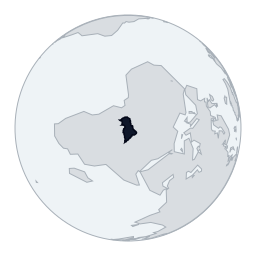 Central African Republic highlighted on a globe, orthographic projection, rotated 91°
{"feature_id": "CAF", "entity_name": "Central African Republic", "entity_type": "country or territory", "adm_level": 0, "iso_a3": "CAF", "parent_name": "Africa", "parent_adm1": "", "projection": "orthographic", "projection_center": [20.084, 6.633], "detail": "fine", "context": "on_globe", "style": "filled", "palette": "ink", "viewbox_px": 256, "rotation_deg": 91, "n_neighbors": 0, "source": "natural_earth", "source_scale": "50m", "svg_char_len": 9784}
<svg xmlns="http://www.w3.org/2000/svg" viewBox="0 0 256 256"><g transform="rotate(91 128 128)"><circle cx="128" cy="128" r="113" fill="#eef3f6" stroke="#a8b0b8"/><path d="M87.9,22.8L90.7,21.7L87.8,22.9L85.1,23.9L84.9,23.9L87.9,22.8ZM60.3,38.0L60.7,37.7L64.1,35.2L66.3,33.8L70.3,31.3L71.9,30.4L76.2,28.1L76.0,28.4L73.5,30.1L69.9,32.2L68.7,33.2L72.5,31.4L66.2,35.9L62.7,40.2L61.0,41.6L57.0,43.4L56.1,42.5L50.9,46.2L54.7,44.0L50.4,48.0L49.9,48.9L50.4,49.0L52.2,47.6L50.9,49.2L46.6,51.7L47.8,50.2L49.1,49.4L48.6,49.1L45.7,51.4L43.8,53.7L41.5,55.8L47.3,49.4L53.6,43.5L60.3,38.0ZM40.9,56.6L40.1,57.6L39.9,57.8L40.9,56.6ZM17.1,108.1L17.9,104.4L17.3,107.9L18.4,109.0L18.0,110.3L18.7,119.2L21.5,123.9L22.2,129.0L21.6,131.8L23.1,133.2L23.1,135.1L30.5,140.1L35.8,146.0L36.6,152.8L34.2,159.9L36.6,175.6L33.4,179.6L35.8,185.8L38.7,194.2L36.4,192.6L40.3,197.5L41.6,199.9L41.0,199.5L43.7,202.7L38.2,195.9L33.3,189.0L29.0,181.7L25.3,174.2L22.1,166.3L19.5,158.3L17.5,150.1L16.2,141.7L15.5,133.3L15.4,124.9L16.0,116.4L17.1,108.1ZM45.0,204.2L45.6,204.8L45.8,205.0L45.0,204.2ZM76.0,28.1L75.3,28.5L76.0,28.1ZM78.1,27.0L77.8,27.2L77.1,27.5L78.1,27.0ZM82.5,25.0L78.9,26.7L82.5,25.0ZM99.8,18.9L98.7,19.3L97.6,19.5L99.8,18.9ZM94.9,20.7L95.2,20.5L96.9,19.9L94.9,20.7ZM102.2,18.4L102.7,18.2L100.7,18.7L101.0,18.7L102.2,18.4ZM105.7,17.6L101.6,18.6L100.7,18.9L99.1,19.4L100.8,18.7L105.7,17.6ZM105.3,17.7L104.2,17.9L105.3,17.7ZM105.8,17.6L106.8,17.4L105.9,17.6L105.8,17.6ZM108.9,17.0L107.6,17.3L107.0,17.4L108.9,17.0ZM109.6,16.9L111.0,16.7L107.5,17.2L109.1,17.0L109.6,16.9ZM112.2,16.7L108.0,17.4L106.5,17.5L110.8,16.8L112.2,16.7ZM59.2,217.2L58.7,216.7L59.5,217.3L60.1,217.9L59.2,217.2ZM232.4,85.6L232.9,87.0L233.6,89.0L232.6,86.9L233.7,91.1L237.6,102.2L238.3,105.6L239.0,112.4L238.5,109.8L235.9,104.3L237.2,112.5L239.3,118.8L240.0,126.8L239.2,124.6L238.2,117.6L237.3,115.4L236.3,108.3L233.0,98.2L232.1,100.5L231.0,96.4L226.4,88.5L224.4,91.8L222.0,103.6L223.7,114.3L222.0,119.4L215.0,104.6L211.3,94.6L209.1,95.9L201.5,88.1L189.5,88.7L187.5,86.3L185.3,87.7L179.9,85.5L176.7,81.5L173.6,82.1L182.1,92.6L185.4,92.1L187.7,87.7L189.5,91.6L194.6,94.8L190.0,105.0L171.6,115.2L169.4,107.2L153.0,86.5L153.2,84.1L153.1,83.8L152.9,83.4L151.9,87.3L148.9,83.3L158.2,97.6L159.9,104.1L171.4,115.7L170.4,117.0L174.0,119.4L184.8,115.6L185.0,118.3L180.1,131.3L164.8,149.4L166.6,160.9L165.0,170.8L154.9,177.7L155.3,185.2L149.9,188.0L149.3,192.2L144.7,196.8L137.3,201.2L125.2,201.6L124.9,197.8L119.5,190.5L112.2,172.4L115.6,164.0L114.7,157.4L106.0,142.9L107.9,134.8L105.5,131.4L100.5,132.3L97.6,128.2L94.5,128.1L75.2,131.0L69.1,125.6L61.4,109.5L64.7,103.2L65.0,95.9L87.9,72.1L93.1,73.4L111.6,70.3L113.9,71.1L112.2,76.4L126.3,82.8L130.4,78.2L142.8,81.6L150.9,81.3L153.0,71.2L139.9,71.5L137.2,66.9L147.4,62.5L158.9,62.9L158.2,61.1L150.6,57.3L152.9,54.2L148.0,55.8L150.2,57.5L147.2,58.8L145.0,57.4L145.9,56.2L142.3,55.5L139.0,61.8L140.9,64.2L131.8,65.6L134.2,69.9L131.8,72.1L127.0,65.6L127.2,63.3L118.5,56.9L117.4,59.4L125.6,65.8L123.2,65.3L121.8,69.4L121.0,65.9L112.4,58.9L104.0,60.7L93.8,70.8L88.8,71.8L84.3,70.0L87.5,59.9L98.4,59.0L99.6,55.9L97.0,51.8L100.5,52.0L100.7,50.4L104.8,50.0L110.1,46.1L114.1,45.6L115.8,41.0L118.1,40.2L116.4,43.1L117.5,45.0L127.5,44.6L129.3,43.6L129.6,40.7L132.3,41.2L131.3,38.6L136.8,37.5L129.2,36.8L129.3,34.0L132.4,32.0L131.1,31.1L126.0,34.5L125.2,36.1L126.7,37.5L123.4,42.4L120.0,43.3L118.3,38.1L113.4,39.1L114.2,35.1L127.4,27.5L133.1,26.2L143.5,29.3L142.4,30.8L138.1,30.3L142.5,33.1L141.9,31.7L144.2,32.3L144.8,30.2L146.5,30.6L144.3,28.2L146.4,28.4L147.7,29.9L150.5,27.6L154.7,27.8L154.6,27.1L153.2,26.4L159.4,27.4L159.0,26.9L156.8,26.4L154.6,25.1L153.1,23.4L155.4,23.9L156.2,24.5L161.4,26.8L163.3,28.8L164.0,28.9L162.9,27.3L156.6,24.4L155.1,23.3L158.3,24.4L157.0,23.9L156.9,23.6L159.0,23.7L155.6,22.4L151.9,19.0L155.5,19.3L158.7,20.4L158.5,19.6L161.6,20.5L169.4,23.2L177.0,26.6L184.3,30.4L191.3,34.8L198.0,39.7L204.3,45.1L210.2,50.9L215.6,57.2L220.6,63.8L225.0,70.8L229.0,78.0L232.4,85.6ZM80.5,84.0L80.0,86.2L80.5,84.0ZM171.4,68.8L178.0,69.0L174.2,63.0L176.4,62.8L174.3,61.0L173.9,62.6L168.6,57.9L171.1,56.2L169.9,53.8L167.7,53.7L163.9,57.7L171.4,64.3L170.2,66.8L171.4,68.8ZM18.5,108.9L18.5,110.4L18.2,110.2L18.5,108.9ZM21.3,93.1L21.3,93.9L21.0,94.1L21.3,93.1ZM22.0,89.8L21.3,92.6L20.7,93.9L20.8,93.4L22.0,89.8ZM50.7,47.9L51.0,47.7L51.1,48.2L50.3,48.7L50.7,47.9ZM56.3,46.6L54.0,49.2L55.1,47.5L53.5,48.6L53.7,46.6L60.2,42.2L57.2,44.4L56.3,46.6ZM55.9,43.2L55.0,44.6L55.7,43.2L55.9,43.2ZM98.1,42.8L99.6,43.6L98.3,45.5L93.1,47.0L95.0,44.3L98.1,42.8ZM102.1,44.5L101.8,39.5L105.0,38.7L103.3,40.0L105.4,39.9L103.2,42.0L106.5,46.4L105.5,48.4L96.5,49.6L100.0,48.0L98.3,47.1L102.1,44.5ZM95.5,31.3L95.5,29.9L102.5,29.7L101.7,31.0L96.5,32.4L94.4,31.7L95.5,31.3ZM85.0,24.2L84.5,24.3L85.4,23.9L86.6,23.6L85.0,24.2ZM94.9,20.6L88.0,23.7L87.1,23.8L84.2,25.8L80.7,27.2L82.7,25.8L77.8,28.5L78.2,27.8L75.1,29.7L80.0,26.4L80.2,26.1L81.3,25.8L84.6,24.6L86.0,23.9L90.3,22.1L92.2,21.2L95.8,20.1L97.7,19.5L97.8,19.6L95.5,20.2L97.2,19.8L93.9,20.8L94.9,20.6ZM118.7,18.3L116.0,18.2L118.9,19.1L115.6,19.5L116.2,19.5L113.9,20.2L112.2,21.3L110.6,21.4L110.6,21.8L109.2,22.4L108.6,23.0L105.7,23.5L104.8,24.4L103.9,24.2L103.1,25.6L102.4,24.8L100.4,25.7L102.2,26.0L87.5,28.9L82.0,31.3L77.8,33.9L77.0,32.6L80.5,29.6L86.0,26.3L91.5,24.4L90.1,24.3L92.4,23.5L92.5,23.9L93.6,22.8L95.5,22.3L100.4,20.3L100.9,19.5L102.7,18.9L103.4,19.0L104.7,18.4L107.3,18.2L108.7,17.8L112.6,17.5L113.2,18.1L114.7,17.7L117.8,17.6L118.7,18.3ZM113.2,16.6L114.7,16.8L113.7,17.3L107.3,17.8L105.7,18.1L101.6,18.8L103.2,18.2L104.2,18.0L105.6,17.7L104.5,18.0L106.4,17.6L107.9,17.4L109.8,17.1L109.7,17.2L113.2,16.6ZM116.4,69.1L118.2,69.2L121.0,68.9L120.1,71.7L116.4,69.1ZM110.4,64.3L112.0,63.9L112.2,67.2L110.4,67.2L110.4,64.3ZM112.7,61.0L112.1,63.6L111.3,62.2L112.7,61.0ZM117.9,42.7L119.6,42.3L119.8,43.0L119.0,44.0L117.9,42.7ZM126.7,22.0L125.3,21.6L125.7,21.4L124.6,20.2L126.9,20.0L128.5,20.7L126.7,22.0ZM150.9,73.0L148.7,75.0L147.4,74.1L148.4,73.5L150.9,73.0ZM133.8,73.2L137.8,74.4L133.5,74.0L133.8,73.2ZM129.0,21.6L128.3,21.1L129.9,21.3L129.0,21.6ZM128.6,19.9L130.5,20.0L127.1,19.9L128.6,19.9ZM184.1,217.6L184.0,218.7L182.6,219.0L184.1,217.6ZM183.0,168.2L174.4,185.7L169.5,186.0L169.1,181.1L172.6,170.6L178.5,167.3L181.6,162.5L183.0,168.2ZM239.6,143.5L239.5,142.4L239.8,140.4L240.0,140.4L239.6,143.5ZM239.7,140.4L239.2,135.4L236.4,120.6L237.5,120.6L240.0,129.2L239.9,130.9L240.2,134.9L239.7,140.4ZM240.6,131.9L240.6,127.4L240.6,124.2L240.6,131.9ZM224.2,115.3L226.4,121.5L225.3,122.8L224.2,115.3ZM234.7,92.1L234.8,92.8L234.2,91.2L233.8,89.4L234.7,92.1ZM147.9,21.4L146.9,23.0L147.7,24.6L150.6,25.8L146.1,25.0L144.9,22.6L147.9,21.4ZM151.2,19.1L148.6,18.4L150.0,18.5L150.7,18.7L151.2,19.1ZM149.5,18.8L145.9,18.4L144.6,17.9L147.7,18.3L149.5,18.8ZM137.5,19.4L137.0,19.8L135.7,19.6L137.5,19.4ZM152.6,18.1L152.3,18.0L152.2,18.0L152.6,18.1Z" fill="#d9dde1" stroke="#a8b0b8" stroke-width="1"/><path d="M135.9,124.0L136.0,124.0L136.0,124.4L136.0,124.6L136.3,124.8L136.5,124.8L137.0,124.9L137.3,125.0L137.6,125.3L138.0,125.6L138.0,125.8L138.0,126.0L137.9,126.1L138.1,126.4L138.3,126.6L138.7,126.8L139.3,127.1L139.6,127.3L139.7,127.5L139.9,127.6L140.1,127.8L140.1,128.3L140.2,128.5L140.4,128.6L140.4,128.8L140.5,129.0L141.0,129.2L141.1,129.3L141.4,129.4L141.7,129.6L141.8,129.7L141.8,129.8L141.9,130.0L142.0,130.2L142.0,130.5L142.3,130.9L141.7,130.7L141.5,130.8L141.3,131.0L141.2,131.0L140.8,131.0L139.9,130.8L139.2,130.6L138.6,130.5L138.4,130.7L138.2,131.0L137.7,131.2L137.2,131.3L136.5,131.2L136.3,131.2L136.1,131.3L135.6,131.4L135.4,131.5L135.0,131.6L134.7,131.8L134.3,131.9L134.1,131.8L133.9,131.7L133.7,131.7L133.4,131.7L133.2,131.9L133.1,132.0L133.0,132.3L132.7,132.8L131.6,132.7L131.1,132.6L130.8,132.7L130.5,132.6L130.3,132.5L130.2,132.6L129.7,132.4L129.4,132.3L129.1,132.3L128.9,132.3L128.8,132.1L128.6,131.8L128.3,131.5L127.8,131.3L127.6,131.1L127.2,131.0L126.9,131.0L126.5,131.1L126.0,131.4L125.5,132.1L125.3,132.4L125.1,132.5L125.1,132.9L125.2,133.3L125.1,133.8L125.1,134.2L124.9,133.9L124.5,134.0L124.4,134.1L124.2,134.1L123.9,134.0L123.7,134.0L123.0,133.8L122.9,133.8L122.5,133.9L122.4,133.9L122.0,134.0L121.5,134.1L121.3,134.1L121.2,134.1L121.1,134.4L121.0,134.7L120.9,134.8L120.9,135.1L120.9,135.3L120.8,135.7L120.6,136.0L120.5,136.3L120.3,136.5L120.3,136.4L120.2,136.1L120.2,135.9L120.1,135.7L120.1,135.4L120.0,135.2L119.9,135.0L119.8,134.9L119.7,134.9L119.4,134.6L119.2,134.5L118.9,134.2L118.7,134.0L118.5,133.7L118.3,133.5L118.2,133.2L118.3,133.1L118.2,132.8L118.2,132.6L118.1,132.4L117.8,132.2L117.6,132.0L117.5,131.9L117.4,131.0L117.4,130.8L117.3,130.7L117.2,130.7L117.3,130.3L117.3,130.2L117.3,129.5L117.3,129.4L117.2,129.4L117.0,129.2L117.1,128.9L117.5,128.7L117.8,128.1L118.1,127.7L118.3,127.4L118.4,127.1L118.5,127.0L118.5,126.8L118.6,126.7L118.8,126.5L119.0,126.2L119.5,126.3L120.0,126.2L120.4,126.0L120.8,125.9L120.8,125.7L121.1,125.6L121.2,125.8L121.3,126.0L121.6,126.2L121.8,126.0L122.1,125.9L122.5,125.7L122.8,125.5L123.0,125.5L123.3,125.3L123.5,125.4L123.8,125.3L124.4,125.3L124.8,125.2L125.0,125.2L125.2,124.9L125.4,124.8L125.7,124.5L125.9,124.2L126.0,124.2L126.0,123.9L125.7,123.7L125.8,123.5L126.0,123.4L126.7,123.3L127.1,123.3L127.5,123.3L127.7,123.2L128.0,123.1L128.5,123.1L128.9,122.8L129.1,122.8L129.1,122.7L129.3,122.6L129.6,122.3L129.7,122.1L129.8,121.9L130.3,121.4L130.5,121.4L130.7,121.0L130.8,121.0L131.0,120.9L131.2,120.7L131.1,120.3L131.2,120.2L131.3,120.1L131.6,119.9L131.8,119.8L131.9,119.7L132.0,119.8L132.1,119.7L132.4,119.5L132.6,119.4L132.9,119.5L133.1,119.5L133.3,119.6L133.5,119.8L134.1,120.5L134.5,121.0L134.7,121.3L134.9,121.7L134.9,121.9L134.9,122.1L134.9,122.7L134.8,122.8L134.6,123.1L134.6,123.3L134.7,123.7L134.8,123.8L135.0,123.8L135.5,123.9L135.9,124.0Z" fill="#0f172a" stroke="#020617" stroke-width="1.5"/></g></svg>